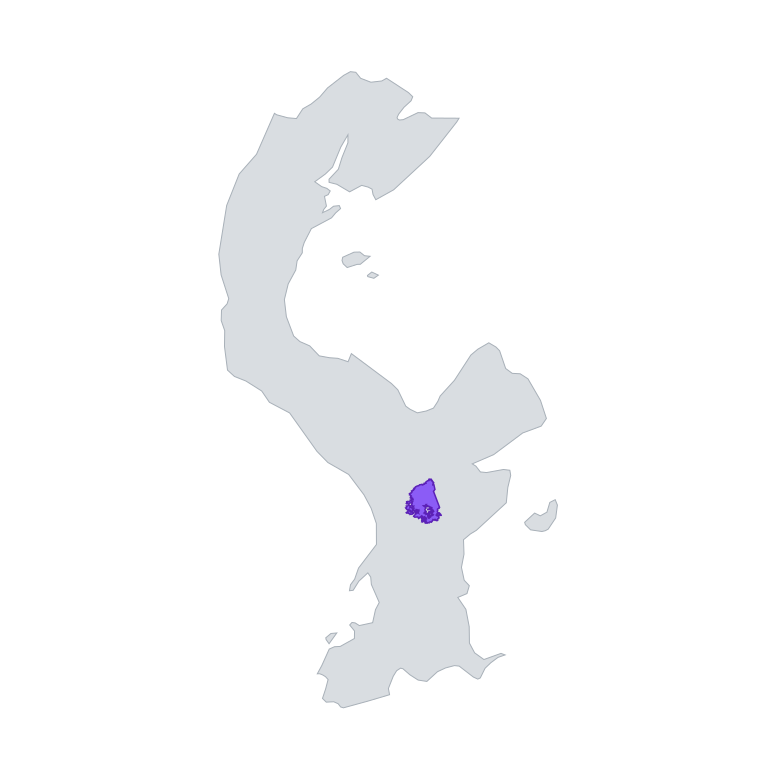 Cañazas, Veraguas, Panama shown in context, rotated 254°
{"feature_id": "35544464B38467816512648", "entity_name": "Cañazas", "entity_type": "district", "adm_level": 2, "iso_a3": "PAN", "parent_name": "Panama", "parent_adm1": "Veraguas", "projection": "natural_earth1", "projection_center": [-81.335, 8.382], "detail": "fine", "context": "in_parent", "style": "filled", "palette": "violet", "viewbox_px": 768, "rotation_deg": 254, "n_neighbors": 0, "source": "geoboundaries", "source_scale": "gbopen_adm2", "svg_char_len": 9093}
<svg xmlns="http://www.w3.org/2000/svg" viewBox="0 0 768 768"><g transform="rotate(254 384 384)"><path d="M674.4,353.3L672.4,355.0L666.5,364.7L663.3,373.0L670.9,381.8L673.2,391.1L677.5,401.2L684.2,411.4L691.8,430.3L693.5,437.8L691.4,442.8L684.3,445.8L677.7,454.6L675.9,465.4L677.2,470.7L657.3,487.9L652.2,490.8L648.8,488.1L644.5,479.5L639.4,472.5L636.7,470.1L635.1,470.0L633.5,471.6L632.8,475.4L635.5,491.5L633.3,498.1L626.5,503.1L618.8,529.4L615.8,526.1L590.2,490.7L568.0,446.8L563.4,426.9L569.1,425.7L574.6,426.2L577.6,423.1L581.1,417.3L578.2,403.9L589.0,393.7L593.0,386.8L596.0,387.6L603.0,399.3L613.2,406.0L625.8,415.8L633.5,418.0L623.7,407.8L606.7,394.3L602.0,385.5L597.5,373.2L590.9,378.5L587.8,383.0L584.4,385.5L581.4,382.5L580.8,378.5L570.9,377.7L568.3,374.1L565.6,372.1L566.9,379.8L568.8,384.5L567.8,390.2L564.6,390.6L561.8,384.7L558.2,379.4L553.4,357.0L542.1,346.4L536.9,342.9L532.6,341.6L526.3,334.4L517.9,330.6L506.6,319.5L492.6,311.5L475.6,308.7L455.0,310.4L448.0,314.8L443.3,320.5L441.1,323.1L428.9,329.5L424.3,338.8L421.4,346.7L415.3,355.6L422.2,361.0L382.4,391.3L374.6,395.7L356.7,398.8L352.5,402.1L347.1,408.1L346.4,417.2L347.2,424.9L352.4,430.9L357.0,434.7L368.1,452.7L387.9,475.5L391.6,483.8L394.7,496.1L388.7,501.8L384.1,504.3L365.4,505.2L358.9,510.2L356.3,517.7L349.3,523.8L325.1,529.9L306.1,530.6L300.2,523.5L298.7,503.8L285.9,470.0L282.9,446.8L279.7,449.7L272.9,452.4L270.6,458.2L268.9,475.3L266.4,481.2L261.2,480.6L250.4,474.5L236.1,468.8L217.9,432.5L216.0,425.6L212.4,417.5L198.4,414.0L186.4,407.9L173.3,407.0L166.6,410.4L159.7,406.0L158.5,396.1L144.8,400.6L127.2,399.0L111.4,394.7L100.6,397.0L91.6,404.1L92.8,422.2L90.2,425.7L89.8,418.3L86.6,409.8L82.9,402.8L74.9,395.5L74.5,392.8L77.7,389.1L92.1,378.5L93.9,374.1L94.1,364.9L92.7,356.1L86.3,343.2L90.0,335.2L97.4,328.7L105.1,323.7L106.3,321.5L104.9,317.1L100.5,312.3L90.1,304.3L83.8,303.7L83.6,280.5L83.9,255.8L85.5,253.3L89.3,251.8L92.4,248.1L94.1,240.8L98.7,238.2L106.9,243.8L115.3,248.8L118.8,247.1L121.4,244.7L123.2,242.3L123.8,240.0L130.5,246.6L144.3,258.3L145.1,264.0L143.8,269.6L147.5,285.4L154.7,287.6L161.8,284.6L163.6,287.5L162.3,290.4L158.6,293.7L157.7,307.3L169.4,313.6L175.3,319.2L194.8,316.6L202.0,318.0L206.9,316.4L201.4,305.5L194.2,297.5L194.8,293.8L200.3,296.5L204.5,302.0L214.1,308.8L231.8,332.5L252.0,338.2L268.0,337.4L283.0,334.2L306.8,325.1L324.0,308.4L337.7,301.0L382.2,285.3L398.0,268.8L404.7,266.6L411.0,264.5L425.0,252.0L432.5,242.3L440.5,237.4L464.0,241.0L479.2,245.6L489.8,245.0L499.9,248.2L504.3,255.3L508.9,258.3L533.8,257.5L554.3,261.0L599.0,282.0L625.8,302.7L640.0,324.8L674.4,353.3ZM225.6,516.7L219.8,517.3L207.9,512.1L199.2,501.8L198.5,498.5L198.7,495.1L203.4,484.7L209.8,481.1L212.3,481.1L218.4,493.2L214.2,497.9L215.9,505.3L224.5,510.8L225.6,516.7ZM512.7,400.6L510.6,405.8L505.6,394.2L506.4,391.2L506.1,380.7L510.8,377.9L514.3,377.7L517.2,379.2L519.0,391.5L517.5,397.2L512.7,400.6ZM158.8,264.2L157.7,270.0L149.5,259.6L154.3,257.9L156.1,258.1L158.8,264.2ZM495.0,403.1L490.2,408.6L488.4,403.4L491.7,398.0L492.9,398.0L495.0,403.1Z" fill="#d9dde1" stroke="#a8b0b8" stroke-width="1"/><path d="M239.1,385.6L238.7,385.8L238.8,386.7L238.4,386.9L238.3,387.3L238.6,388.0L238.2,388.9L238.4,388.9L238.8,389.6L238.5,390.3L238.7,390.6L238.1,391.6L238.6,392.0L238.7,392.4L239.1,392.5L239.4,393.2L239.9,393.5L239.5,393.7L240.0,394.8L239.7,395.6L239.4,395.5L239.5,395.9L239.2,395.9L239.3,396.2L238.6,396.4L238.6,397.2L238.3,397.0L238.0,397.2L238.1,397.7L238.3,398.2L239.3,398.2L239.7,398.8L239.8,399.6L240.2,399.7L240.1,399.9L240.2,400.0L241.7,400.1L242.1,399.7L242.5,398.8L242.8,398.8L243.1,398.4L243.3,398.7L243.5,398.5L243.5,399.2L244.6,399.0L244.9,399.4L244.8,399.8L242.7,399.6L242.1,400.5L243.1,401.3L242.1,402.2L242.0,402.7L242.7,402.7L243.1,402.2L243.4,402.3L243.5,401.9L243.8,402.0L244.1,401.5L244.4,401.8L244.7,401.8L245.0,401.5L244.7,401.0L245.2,400.7L245.9,400.2L246.8,400.1L247.6,400.8L248.2,400.6L249.1,401.0L249.3,402.6L249.8,402.6L250.1,403.4L267.2,402.0L268.6,403.9L273.3,404.2L273.5,403.1L274.2,403.3L274.7,404.1L275.3,404.5L275.6,404.0L276.4,404.2L276.7,403.8L277.3,403.8L277.4,403.5L278.3,402.8L278.9,403.0L278.8,403.3L279.6,403.0L279.6,401.9L279.9,401.7L279.7,401.4L280.0,400.9L279.7,400.7L279.1,400.9L278.8,400.5L279.1,399.9L278.5,397.7L277.9,396.9L277.0,397.0L277.0,396.4L277.3,395.9L277.1,395.6L277.3,395.3L276.6,395.1L276.6,394.3L276.4,393.9L276.4,393.4L276.8,393.5L276.7,392.7L277.2,392.3L277.1,391.5L277.3,390.4L276.7,389.4L276.8,387.8L276.5,386.1L276.3,386.1L275.9,385.1L275.2,384.8L275.3,384.3L274.9,384.5L274.3,383.8L274.6,383.2L274.4,382.9L273.7,382.8L273.6,381.0L272.5,381.2L272.3,380.8L272.3,380.4L272.1,380.3L271.8,380.3L271.6,380.6L271.8,379.2L271.6,378.3L271.0,378.5L270.7,378.2L270.6,378.6L270.2,378.7L269.6,378.5L269.3,379.0L269.1,378.6L268.4,378.7L268.0,379.1L267.6,378.4L267.4,379.1L267.0,379.0L266.6,378.6L266.7,379.0L267.3,379.3L266.9,379.1L266.3,380.0L265.1,380.1L265.1,379.6L266.3,379.4L266.1,378.5L265.3,378.6L265.2,379.0L264.6,378.7L264.6,378.3L264.4,378.0L264.6,377.1L264.1,376.4L264.3,375.5L264.1,374.9L264.6,374.4L264.6,373.3L263.6,373.1L263.5,373.3L263.0,372.5L262.6,372.7L262.5,373.2L262.8,373.5L262.0,374.0L261.7,374.4L262.5,375.9L262.3,377.2L263.2,378.8L263.2,379.2L262.3,378.4L261.2,378.1L260.9,377.6L259.9,377.1L259.6,376.6L259.3,377.7L258.8,377.9L258.4,378.9L257.3,377.5L257.9,376.9L257.9,376.4L257.6,376.2L258.0,375.7L258.0,374.8L259.0,375.1L259.2,375.7L259.7,375.7L260.0,375.2L260.6,374.9L260.6,374.1L260.2,372.6L260.6,371.9L260.3,371.8L260.1,372.1L259.8,372.0L258.9,371.3L258.9,370.7L258.6,370.8L258.6,371.2L258.2,370.9L256.8,371.6L256.6,373.3L256.2,373.2L255.0,374.9L254.2,374.9L254.0,375.3L253.4,375.3L253.2,374.8L253.5,374.4L254.2,374.4L255.7,372.2L254.7,371.6L254.4,370.4L254.2,370.5L254.1,370.2L253.9,370.4L253.7,370.2L253.5,370.4L253.5,371.1L253.3,372.0L252.9,372.0L252.8,372.4L252.1,372.6L251.9,373.4L251.5,373.3L251.6,373.8L251.2,374.3L251.4,375.1L251.1,375.3L251.6,376.8L252.3,376.6L252.6,376.1L253.2,375.8L253.2,375.4L253.4,376.0L254.0,376.2L254.1,376.6L255.0,377.0L256.1,376.8L256.5,377.5L256.3,378.6L254.9,377.8L254.7,377.5L253.9,378.4L253.6,378.0L252.9,378.0L251.9,378.5L252.1,378.7L251.9,379.9L252.2,380.7L252.7,380.2L252.3,379.5L252.5,379.2L253.3,379.8L254.5,380.2L254.3,380.7L253.2,380.4L253.3,380.9L253.1,381.7L253.4,381.9L253.1,382.1L253.2,382.5L252.6,382.2L252.3,382.6L251.7,381.6L250.5,381.6L251.5,380.9L250.7,380.3L251.0,379.7L250.5,378.8L250.2,378.7L250.3,378.3L249.5,377.5L249.2,376.6L248.6,376.1L248.4,376.5L247.9,376.5L247.5,376.9L246.9,379.8L245.2,380.2L245.5,381.2L246.0,381.4L246.3,382.9L246.6,383.1L246.9,384.0L246.4,384.3L245.9,383.7L246.0,383.5L245.8,383.2L245.4,383.4L244.9,382.9L244.2,383.1L244.4,383.5L244.9,383.5L245.4,383.9L245.3,384.2L244.4,384.5L244.5,385.0L244.9,384.9L245.2,385.1L245.2,386.5L244.1,387.0L244.0,387.5L242.7,387.7L242.7,387.2L242.1,386.7L242.3,386.6L242.2,386.0L242.9,385.5L243.3,386.4L243.7,386.3L244.2,385.6L244.1,384.6L243.9,383.9L243.7,384.1L243.4,383.5L243.8,383.1L242.7,383.2L242.5,382.7L242.3,382.6L242.0,383.3L241.6,382.9L241.6,383.2L240.8,382.9L240.9,383.8L241.3,384.0L241.3,384.3L241.6,384.0L242.0,384.1L242.3,384.8L242.2,385.0L241.7,385.0L241.6,385.3L241.1,385.6L241.2,385.8L241.0,386.0L241.4,386.8L240.4,386.5L239.9,386.7L239.9,386.0L239.4,385.8L239.7,385.2L239.2,385.2L239.1,385.6ZM247.9,396.7L247.5,395.9L248.0,395.8L247.7,395.0L247.4,394.9L247.9,394.4L247.8,394.2L247.3,394.3L247.9,393.8L248.0,394.2L248.3,394.2L248.4,394.5L248.5,394.3L248.4,393.4L248.9,392.6L248.8,392.1L248.4,392.1L248.4,391.4L247.7,391.1L247.2,391.7L247.4,391.7L247.3,392.3L246.8,394.0L246.4,394.0L245.7,394.7L245.8,394.0L245.3,394.1L245.2,394.6L244.5,395.1L244.2,394.5L244.5,393.8L244.2,393.4L244.2,392.6L244.5,392.4L244.5,392.7L244.9,393.0L245.3,392.3L244.9,392.0L244.6,392.3L244.3,391.9L244.0,392.0L244.0,391.4L243.7,391.3L243.5,391.7L243.6,392.2L243.4,392.2L243.1,391.5L243.2,391.0L242.6,390.6L242.6,390.1L243.4,389.6L243.9,389.6L244.2,390.0L244.8,389.6L245.9,389.9L245.8,390.3L244.3,390.2L244.2,390.7L245.2,390.9L245.4,391.2L244.9,391.7L245.5,392.1L246.2,392.0L246.1,391.7L246.4,391.5L246.5,391.7L247.2,391.5L247.4,390.7L247.4,389.8L247.6,389.6L247.2,389.3L247.3,389.1L247.1,389.1L247.1,388.9L247.7,389.5L247.9,389.3L247.8,388.8L248.1,388.5L248.3,388.8L248.7,388.9L248.4,388.2L248.1,388.5L247.9,388.2L248.2,387.9L248.1,387.7L248.8,387.4L249.0,387.0L249.8,388.2L249.3,388.5L249.8,389.3L249.8,390.0L250.3,388.8L252.0,388.7L252.7,389.3L253.0,390.0L253.9,389.9L254.5,389.5L254.8,389.8L255.2,389.5L255.7,388.5L256.1,388.3L256.0,388.9L255.6,389.2L255.8,390.1L255.4,390.5L256.2,390.6L256.6,391.1L256.5,391.4L256.2,391.0L255.6,390.9L255.1,392.2L254.2,391.3L254.1,392.2L253.7,392.8L253.7,393.2L254.0,393.5L253.5,394.2L253.3,394.1L252.9,394.3L252.3,393.9L252.2,394.7L252.4,395.3L252.1,395.7L251.9,395.3L251.6,395.4L251.7,394.9L251.0,393.5L251.5,393.1L251.3,392.6L251.5,392.5L251.6,391.5L251.4,391.4L251.0,391.6L251.0,392.3L251.3,392.4L250.7,393.6L250.2,393.9L250.5,395.5L249.6,395.7L249.1,394.6L248.6,394.6L248.6,395.4L249.2,396.3L247.9,396.7Z" fill="#8b5cf6" stroke="#5b21b6" stroke-width="1.5"/></g></svg>